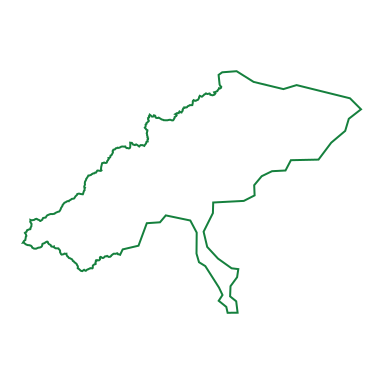 Chatkal, Jalal-Abad, Kyrgyzstan
{"feature_id": "92254566B64502136331534", "entity_name": "Chatkal", "entity_type": "district", "adm_level": 2, "iso_a3": "KGZ", "parent_name": "Kyrgyzstan", "parent_adm1": "Jalal-Abad", "projection": "equal_earth", "projection_center": [70.686, 41.73], "detail": "fine", "context": "isolated", "style": "outline", "palette": "green", "viewbox_px": 384, "rotation_deg": 0, "n_neighbors": 0, "source": "geoboundaries", "source_scale": "gbopen_adm2", "svg_char_len": 5843}
<svg xmlns="http://www.w3.org/2000/svg" viewBox="0 0 384 384"><path d="M254.6,195.4L254.2,185.2L261.7,176.2L272.0,171.2L285.5,170.5L290.9,160.2L318.5,159.6L331.2,142.7L345.2,130.9L348.8,118.8L361.0,109.3L350.0,98.3L296.6,85.1L283.4,89.1L253.6,81.9L236.6,71.2L222.2,72.3L218.6,74.9L219.6,84.5L220.1,85.6L220.3,86.0L221.2,86.6L221.1,87.7L220.2,88.4L219.0,88.2L218.7,89.2L217.6,90.4L217.3,91.2L216.5,91.4L215.6,91.9L214.1,92.3L214.4,92.9L215.3,93.5L214.6,94.5L213.7,95.0L212.3,95.3L211.2,94.9L210.4,94.9L210.2,94.3L209.6,93.5L208.3,93.8L208.0,93.9L207.4,94.0L206.6,93.8L206.0,93.4L205.7,93.5L205.2,94.1L204.1,94.6L203.8,95.1L201.9,96.7L201.2,96.5L199.8,95.8L199.1,97.1L198.9,98.3L198.1,99.6L197.8,99.9L196.2,100.4L196.0,100.5L195.8,100.8L195.5,100.8L194.8,100.8L193.7,100.1L193.0,100.8L192.8,101.4L192.8,102.9L192.3,105.1L189.6,105.2L188.9,105.8L188.0,106.1L187.6,106.4L187.0,107.2L186.6,107.4L184.4,107.4L184.5,107.9L183.2,108.4L182.9,109.4L182.6,109.8L182.7,110.7L181.9,111.7L181.5,112.5L180.5,112.2L179.5,111.5L179.3,111.9L178.8,112.4L178.7,113.1L177.0,113.1L175.4,114.1L175.9,114.3L176.5,114.7L176.7,115.2L176.2,116.0L174.6,117.1L174.6,117.9L174.1,118.7L173.8,119.4L173.2,120.2L172.9,120.4L171.6,120.3L170.5,119.8L169.4,119.8L167.2,120.3L163.7,120.2L163.3,119.9L161.5,119.4L160.8,118.9L158.7,117.6L158.0,118.0L156.2,117.9L155.5,117.2L155.4,116.2L154.9,115.6L153.9,115.3L153.4,116.4L153.0,116.6L152.3,116.6L151.7,116.5L150.8,115.5L149.7,114.7L149.5,115.5L148.9,116.1L149.1,117.4L148.0,118.1L148.2,118.8L148.1,119.7L148.5,120.1L148.8,120.6L148.7,121.2L146.4,123.2L146.5,123.9L145.6,124.6L145.7,125.4L145.6,126.3L145.3,127.1L144.8,127.7L145.3,128.3L145.8,128.7L146.2,129.5L147.4,130.2L147.4,131.0L147.0,132.0L147.0,132.7L146.7,133.2L146.8,133.7L147.1,134.4L147.1,135.6L147.6,136.4L147.4,137.4L147.5,137.8L148.1,138.2L148.0,139.4L147.4,140.0L147.7,141.5L146.6,141.8L146.3,142.1L146.1,143.4L144.8,145.0L144.3,145.9L143.5,145.5L143.2,145.5L142.7,145.1L140.8,145.1L140.5,145.1L139.2,146.5L137.4,145.1L136.1,144.4L135.0,145.1L134.4,145.0L133.9,144.7L133.1,144.6L132.1,143.3L131.9,142.9L130.2,142.7L130.3,143.7L130.3,145.7L130.2,147.1L129.9,147.9L129.6,148.2L129.3,148.3L128.7,148.4L127.4,148.0L126.8,148.1L125.5,147.2L125.3,146.5L123.6,146.6L122.3,146.5L121.2,146.7L120.3,147.3L118.7,147.9L117.9,147.9L117.4,147.7L116.7,148.2L115.8,148.3L115.5,148.6L114.9,149.4L114.2,149.6L113.4,149.7L112.6,151.1L112.7,151.5L113.0,152.0L112.8,152.8L112.5,153.2L112.1,154.1L111.5,155.1L110.5,155.6L110.3,157.0L109.9,157.5L109.5,157.8L108.5,158.0L108.8,158.9L108.2,159.5L108.1,160.1L107.8,160.5L107.3,160.9L106.8,162.5L106.5,162.8L105.1,163.0L104.1,162.5L103.4,162.9L102.2,163.1L102.0,163.6L101.4,166.2L101.2,166.8L101.1,168.3L101.0,168.9L101.0,169.4L101.5,170.4L101.0,170.8L100.5,170.9L97.7,170.5L97.3,170.6L96.0,172.6L95.1,172.6L94.8,173.0L94.4,173.3L93.3,173.3L92.5,173.9L91.7,174.2L91.2,174.8L89.9,175.3L89.0,175.6L88.4,175.5L87.2,177.6L86.2,178.9L86.2,179.4L86.1,179.8L85.7,180.4L85.3,181.3L85.0,181.8L84.8,183.3L85.0,184.4L84.4,186.1L84.2,186.9L84.4,187.4L85.0,187.8L84.5,188.7L84.6,190.2L84.0,190.8L83.4,192.6L83.1,193.8L82.8,194.3L80.7,194.0L79.0,193.6L77.3,194.0L77.0,194.9L75.5,196.3L74.2,198.4L73.3,198.7L71.8,198.9L70.8,199.7L69.0,200.7L68.8,201.2L67.8,201.1L67.0,201.4L66.5,201.6L65.8,202.2L64.5,202.7L63.9,203.4L62.5,205.2L62.5,205.7L61.0,208.1L60.7,209.1L60.0,210.5L59.2,211.5L57.7,211.9L56.1,212.6L55.1,213.1L54.6,213.7L52.4,214.1L50.9,214.0L49.7,214.3L47.3,215.3L46.7,215.9L45.6,217.6L45.0,217.6L43.1,218.0L42.6,218.9L42.3,219.7L40.4,221.0L40.2,221.0L40.0,220.7L39.0,220.0L37.4,219.4L37.0,219.0L36.3,218.8L35.1,219.2L34.4,219.8L32.5,220.2L31.1,220.2L30.4,219.9L30.5,221.2L30.2,221.8L31.6,224.0L31.4,224.9L31.4,226.2L30.5,227.8L30.5,228.8L30.3,229.2L29.2,229.3L28.2,229.9L27.7,229.9L27.2,230.2L26.9,230.4L26.8,231.2L26.5,231.8L25.2,232.6L24.9,232.9L25.8,234.1L26.4,235.9L25.9,236.5L25.3,240.1L24.5,240.5L23.9,241.1L23.0,242.6L23.6,242.5L23.9,242.6L24.2,242.9L24.3,243.2L24.6,243.4L26.1,244.5L27.7,245.1L29.3,245.2L29.8,245.3L30.2,245.6L30.7,245.6L31.4,246.1L31.9,246.7L32.2,247.6L34.0,248.6L36.0,248.7L38.3,247.7L39.9,247.5L40.9,247.1L41.6,246.6L42.0,246.0L42.2,245.3L42.4,244.0L42.6,243.8L44.6,243.1L45.4,242.4L46.7,241.7L47.5,241.7L48.0,242.3L47.9,242.8L48.9,244.1L50.6,245.0L51.1,245.9L51.2,246.3L51.4,246.5L53.3,246.8L53.9,246.5L54.0,247.3L55.6,248.3L58.4,248.4L58.7,249.0L59.5,249.7L60.1,250.8L60.1,251.5L60.0,252.0L61.1,254.2L61.6,254.6L63.7,254.2L64.4,253.6L65.3,253.8L66.4,253.7L66.4,254.3L67.1,256.0L67.5,256.5L68.1,256.7L68.5,257.5L69.1,258.1L69.9,258.2L72.1,259.4L72.6,260.3L72.8,260.9L73.7,261.3L74.6,262.5L75.2,262.7L76.7,264.1L76.9,264.5L77.0,265.0L77.6,265.8L77.9,266.6L77.7,268.3L77.8,268.4L78.4,268.5L80.3,270.3L81.1,270.9L82.4,271.1L83.2,270.4L84.1,269.8L85.1,270.6L85.8,270.8L86.5,270.1L87.6,269.4L88.0,269.4L88.6,269.0L89.2,268.8L89.7,268.4L90.4,268.4L90.8,268.1L91.1,268.2L92.3,268.4L92.6,268.2L92.8,267.4L92.8,266.5L92.8,265.9L92.9,265.5L94.3,264.4L95.6,264.1L95.7,263.7L95.5,263.4L95.4,262.8L95.7,261.9L96.0,261.6L95.8,261.3L95.8,260.8L96.0,260.3L96.8,260.1L97.3,260.1L97.5,260.3L99.0,260.3L99.8,259.6L100.0,259.4L99.9,257.6L100.1,257.2L100.5,256.9L101.4,257.2L101.7,257.6L102.2,257.9L103.0,258.0L103.8,257.6L105.1,256.3L106.4,256.3L107.1,255.9L108.2,256.6L108.5,256.9L109.1,256.9L110.3,256.7L111.1,256.0L111.3,255.5L112.8,254.3L113.6,253.8L113.9,253.7L115.8,253.8L116.6,253.4L117.4,253.3L117.9,254.2L119.1,254.4L120.1,254.8L122.7,249.4L138.5,245.7L146.8,223.2L160.0,222.3L165.8,215.4L190.3,220.5L196.7,232.6L196.5,253.6L199.0,262.2L205.3,266.1L219.0,287.6L222.5,295.0L218.7,300.8L226.3,306.9L227.6,312.8L237.6,312.7L236.2,301.3L230.1,296.4L230.5,286.2L237.1,277.2L238.3,269.1L231.6,268.3L218.0,258.6L207.2,246.9L203.6,231.7L212.9,213.1L213.2,202.5L243.8,200.9L254.6,195.4Z" fill="none" stroke="#15803d" stroke-width="2"/></svg>